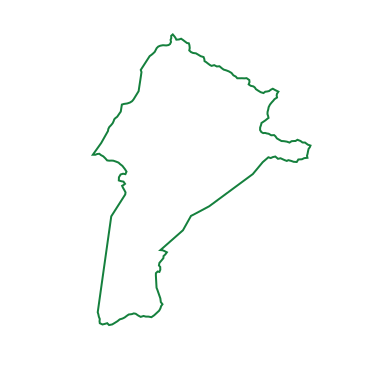 Poções, Bahia, Brazil, rotated 283°
{"feature_id": "56859067B76293863784354", "entity_name": "Poções", "entity_type": "district", "adm_level": 2, "iso_a3": "BRA", "parent_name": "Brazil", "parent_adm1": "Bahia", "projection": "albers", "projection_center": [-40.358, -14.57], "detail": "fine", "context": "isolated", "style": "outline", "palette": "green", "viewbox_px": 384, "rotation_deg": 283, "n_neighbors": 0, "source": "geoboundaries", "source_scale": "gbopen_adm2", "svg_char_len": 3172}
<svg xmlns="http://www.w3.org/2000/svg" viewBox="0 0 384 384"><g transform="rotate(283 192 192)"><path d="M60.9,180.6L63.4,182.9L66.2,184.8L69.0,186.7L71.5,187.4L73.9,187.6L76.0,188.5L77.7,186.4L81.2,185.1L89.3,180.0L90.7,179.0L102.8,175.5L104.8,175.1L106.8,176.4L106.8,178.2L109.1,178.6L111.8,177.9L113.0,176.3L115.6,176.2L118.7,177.8L121.1,179.0L123.2,178.7L125.1,180.0L127.6,181.1L128.3,178.3L128.6,176.5L128.3,174.3L152.7,191.8L168.5,196.4L169.9,198.1L181.9,211.9L221.5,245.8L223.1,247.2L237.0,254.2L243.0,258.6L242.8,261.1L244.2,262.9L245.3,265.2L243.7,268.3L244.8,270.7L244.3,273.1L243.9,275.1L243.6,277.4L244.7,278.7L244.6,281.7L244.3,284.2L244.8,287.3L247.6,288.3L248.6,291.7L250.2,293.7L251.3,296.8L253.2,295.9L255.1,296.0L257.5,295.9L260.3,295.9L262.0,296.7L263.9,297.0L264.2,294.2L265.6,291.0L265.1,288.5L266.1,286.3L266.6,283.0L265.0,281.4L264.5,279.5L263.9,277.6L262.1,275.9L262.4,273.1L262.2,270.1L261.8,267.7L262.5,265.3L263.3,262.7L265.1,260.7L265.9,259.2L265.1,256.4L266.0,253.6L265.9,251.7L266.0,249.9L265.4,248.1L266.0,246.1L267.7,244.4L270.2,243.9L272.9,244.2L274.9,244.2L276.7,245.9L278.2,247.3L280.1,248.8L281.4,249.9L283.3,249.0L284.9,248.0L287.1,247.6L289.8,247.7L291.9,247.6L294.7,248.3L297.2,249.5L299.1,250.6L301.0,251.5L303.2,253.6L305.0,252.8L306.8,252.7L309.2,253.6L310.0,250.2L310.8,247.5L309.4,245.8L307.7,244.4L306.8,242.5L306.2,240.8L304.5,239.4L304.7,236.5L305.7,233.5L306.6,231.1L307.9,229.8L308.7,228.1L308.7,225.3L309.6,223.0L312.1,223.3L314.0,222.6L315.2,219.6L314.5,217.4L314.1,215.1L313.5,212.7L313.0,210.5L314.3,208.7L315.0,206.1L316.9,203.7L317.8,200.8L318.2,198.2L318.4,195.3L319.3,193.2L320.7,190.5L319.9,187.9L320.6,185.1L319.3,182.7L319.7,181.1L320.7,178.8L321.8,176.4L322.3,174.8L324.3,174.1L326.1,172.9L326.3,169.9L327.2,167.2L328.0,164.6L327.7,161.8L328.1,159.6L329.3,157.5L331.8,157.4L334.6,156.4L336.2,155.4L336.0,153.7L337.1,151.2L338.1,149.0L338.9,146.9L337.7,145.0L336.9,142.5L338.7,141.0L339.8,139.7L341.2,137.8L339.5,136.6L337.1,137.2L335.4,136.9L333.5,137.8L331.2,137.3L329.9,136.1L329.0,133.9L328.5,130.7L327.4,128.2L326.1,126.4L324.2,125.2L322.2,124.7L320.2,124.2L318.2,122.9L316.6,121.7L314.9,120.2L299.4,114.6L297.5,115.8L292.8,116.2L278.2,117.3L269.0,114.2L267.0,113.2L265.2,111.4L263.7,109.0L262.5,105.9L261.4,104.0L254.3,104.5L252.6,103.8L250.8,103.1L248.5,102.2L246.7,100.7L245.3,99.9L243.3,99.7L241.1,99.2L238.9,98.1L236.7,96.8L234.6,96.3L232.5,96.4L219.3,92.5L206.0,87.0L206.6,89.5L207.7,91.1L208.4,93.1L207.5,94.9L206.8,97.5L205.4,99.8L203.7,102.2L203.9,104.4L204.5,106.4L204.8,108.3L204.5,111.3L204.1,113.8L203.0,115.7L201.8,118.3L199.1,121.6L197.1,123.6L194.4,123.1L194.3,120.7L193.0,118.5L189.9,117.5L186.8,118.1L186.6,120.2L186.7,122.9L184.9,124.9L183.5,123.8L182.3,122.5L180.6,123.8L178.9,125.4L176.7,127.3L174.6,127.5L150.1,118.8L95.9,123.5L53.6,127.2L51.9,128.2L49.5,129.3L47.5,130.7L45.2,131.0L43.4,131.7L42.8,134.6L43.8,136.6L45.1,138.9L43.7,141.1L45.0,144.0L46.7,145.8L49.4,148.5L51.6,150.2L53.1,152.8L54.6,154.6L57.0,156.6L58.4,157.9L59.5,160.9L60.6,162.6L60.7,164.5L59.5,167.5L58.8,170.1L60.3,172.7L60.2,175.1L60.8,177.7L60.9,180.6Z" fill="none" stroke="#15803d" stroke-width="2"/></g></svg>